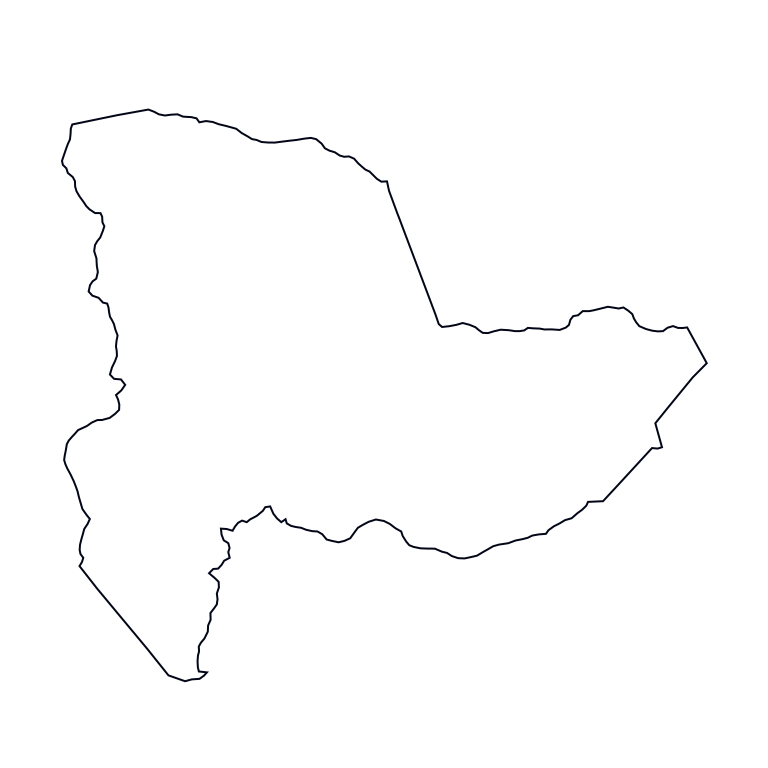 the district of Inhambupe, Bahia, Brazil, rotated 87°
{"feature_id": "56859067B53431248458401", "entity_name": "Inhambupe", "entity_type": "district", "adm_level": 2, "iso_a3": "BRA", "parent_name": "Brazil", "parent_adm1": "Bahia", "projection": "robinson", "projection_center": [-38.397, -11.762], "detail": "fine", "context": "isolated", "style": "outline", "palette": "ink", "viewbox_px": 768, "rotation_deg": 87, "n_neighbors": 0, "source": "geoboundaries", "source_scale": "gbopen_adm2", "svg_char_len": 3961}
<svg xmlns="http://www.w3.org/2000/svg" viewBox="0 0 768 768"><g transform="rotate(87 384 384)"><path d="M108.5,681.7L112.6,683.4L117.7,683.9L123.3,684.8L127.7,687.1L133.3,689.5L139.8,692.1L144.3,693.9L148.4,693.2L152.0,689.9L156.7,688.7L161.1,683.9L165.3,682.0L170.7,682.1L175.4,681.0L180.8,678.2L186.8,674.3L190.8,672.0L194.2,668.9L198.2,663.6L198.5,658.2L202.2,656.7L207.9,656.7L211.8,655.0L216.5,656.8L222.8,659.7L226.4,662.9L230.1,665.3L236.1,666.5L243.4,664.6L250.8,664.6L257.3,663.9L263.7,665.8L266.3,669.7L269.9,672.4L276.2,674.1L280.5,670.6L283.0,664.5L288.0,660.4L289.2,656.2L293.3,655.1L297.8,654.8L302.5,654.1L306.2,652.2L309.9,650.6L315.6,649.4L321.6,647.5L327.2,648.9L332.5,649.7L336.8,649.2L342.0,649.2L347.1,651.4L353.3,654.8L360.2,657.2L364.7,653.3L365.7,646.4L371.3,642.5L376.7,646.7L381.0,652.2L385.5,650.4L390.6,649.4L396.0,649.9L399.7,654.1L403.5,659.7L405.2,667.6L405.0,672.1L407.2,677.8L410.4,682.9L412.3,687.6L414.0,691.9L417.6,695.4L420.6,698.5L423.9,701.7L427.5,703.9L433.5,705.2L438.9,706.6L443.2,707.4L447.6,706.3L452.0,704.6L457.6,701.9L464.6,699.0L470.3,697.1L474.9,695.7L480.9,694.6L486.0,693.4L493.1,691.7L499.3,687.8L503.4,684.8L508.2,687.3L513.0,690.9L518.2,692.6L523.1,694.3L528.7,696.0L533.9,696.6L537.9,696.0L541.8,693.4L545.9,694.9L549.9,697.6L573.3,681.2L636.1,634.3L663.7,614.5L670.4,598.2L668.9,591.3L668.8,583.7L665.8,579.0L662.7,575.9L661.4,583.9L657.4,584.7L651.1,584.7L645.5,584.0L641.4,582.7L636.5,582.7L632.9,580.5L628.7,576.6L622.1,572.9L616.0,572.3L610.4,569.5L603.6,569.3L599.1,565.4L595.4,562.5L590.2,561.5L584.5,561.9L578.5,559.5L572.9,559.5L569.0,563.1L563.8,568.6L559.8,564.2L559.7,559.3L556.1,555.6L552.1,552.9L549.5,547.2L543.7,548.3L539.7,546.8L534.8,547.8L531.7,552.2L525.9,554.1L519.9,554.4L520.6,548.6L522.6,542.9L518.5,540.2L515.0,537.0L513.0,532.9L514.8,528.3L512.2,524.8L509.0,517.9L504.3,511.6L500.8,509.0L500.3,504.1L507.7,501.3L512.6,497.9L516.6,493.8L513.9,489.4L518.1,488.4L520.8,484.3L522.1,479.9L523.3,474.2L525.5,469.4L527.2,463.3L527.8,458.1L530.8,453.5L536.3,449.4L537.9,444.4L539.7,437.6L538.6,431.7L536.3,425.8L530.7,421.3L526.2,417.6L523.4,412.2L520.8,406.5L518.9,399.2L520.8,391.2L524.0,385.6L528.8,379.9L532.2,374.5L536.7,373.3L542.5,370.1L546.3,367.2L548.2,363.1L550.0,356.2L550.6,349.6L551.1,341.8L554.5,334.9L556.0,329.9L559.4,325.2L561.8,319.1L562.4,312.7L561.5,306.8L560.3,300.1L557.0,293.9L554.1,288.1L551.7,283.4L550.4,277.6L549.5,268.3L547.2,260.9L546.2,253.9L545.1,248.5L543.1,243.8L542.3,237.2L542.1,230.1L538.6,227.4L535.0,221.8L532.4,215.9L529.4,210.3L527.9,203.7L523.0,197.4L520.0,192.8L516.2,188.4L512.4,186.4L512.5,171.4L495.1,153.5L462.0,119.7L462.8,114.1L461.7,109.7L437.4,115.1L421.6,100.9L393.5,75.3L380.1,60.6L343.4,78.3L343.7,82.8L343.4,87.4L341.3,92.3L342.6,97.8L345.8,102.6L345.8,107.7L344.8,113.3L342.8,119.5L339.6,126.0L335.5,129.0L331.6,131.0L327.2,132.4L323.5,136.3L320.1,140.9L320.9,145.6L319.9,150.2L318.6,156.4L320.1,164.1L321.4,171.0L322.0,175.4L321.6,181.7L325.5,186.6L326.1,191.5L329.6,194.5L334.7,196.2L337.2,199.5L339.2,205.7L338.3,213.2L337.9,221.1L336.8,225.7L336.2,232.3L335.5,237.4L337.8,241.1L338.3,245.7L338.1,250.2L336.8,256.6L335.9,264.6L337.1,271.4L338.6,277.5L338.1,282.7L335.3,286.3L332.1,289.7L329.3,295.6L327.2,302.3L328.7,308.5L329.7,315.9L330.1,323.0L327.0,326.2L317.8,328.8L218.7,360.3L214.2,361.8L191.2,368.9L181.8,370.4L181.8,376.1L178.7,380.4L174.7,384.0L171.1,387.3L168.9,391.4L165.7,394.8L162.3,398.2L157.4,402.1L154.9,407.1L155.0,411.9L153.5,416.3L150.0,421.0L148.1,426.3L145.5,430.7L140.7,433.7L135.9,439.0L134.4,444.2L134.8,450.8L135.7,458.4L136.1,465.5L136.6,472.6L137.2,480.3L136.8,487.0L135.9,493.7L133.6,498.5L132.5,503.1L129.6,507.2L126.0,512.9L121.4,518.2L119.8,522.9L117.9,528.7L115.9,535.5L113.4,541.2L112.1,548.0L113.0,554.7L108.9,557.3L107.4,562.5L106.5,570.6L103.9,576.1L103.9,582.2L104.4,588.8L102.9,594.7L100.1,599.3L97.6,604.9L101.6,636.4L108.5,681.7Z" fill="none" stroke="#020617" stroke-width="2"/></g></svg>